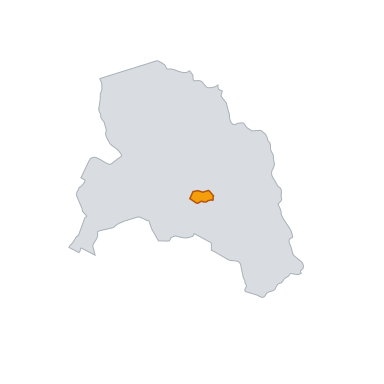 Tonj East, Warrap, South Sudan shown in context, rotated 208°
{"feature_id": "79223893B19595025939095", "entity_name": "Tonj East", "entity_type": "district", "adm_level": 2, "iso_a3": "SSD", "parent_name": "South Sudan", "parent_adm1": "Warrap", "projection": "orthographic", "projection_center": [29.157, 7.837], "detail": "fine", "context": "in_parent", "style": "filled", "palette": "amber", "viewbox_px": 384, "rotation_deg": 208, "n_neighbors": 0, "source": "geoboundaries", "source_scale": "gbopen_adm2", "svg_char_len": 3965}
<svg xmlns="http://www.w3.org/2000/svg" viewBox="0 0 384 384"><g transform="rotate(208 192 192)"><path d="M295.5,280.4L285.7,290.4L285.0,291.0L283.8,291.8L279.8,291.9L275.6,291.4L271.8,288.9L267.9,290.9L265.5,291.6L264.0,291.8L260.6,292.2L255.7,293.3L253.5,294.6L252.3,295.7L251.4,297.6L250.9,297.8L250.0,297.6L248.7,296.8L246.1,295.7L244.8,293.3L243.6,291.8L242.6,291.0L238.5,293.5L236.5,294.1L234.9,294.0L231.9,292.7L228.6,291.5L226.9,291.5L224.3,293.0L221.5,295.2L220.0,297.4L219.3,298.7L218.2,296.7L217.3,295.5L215.9,295.0L213.1,295.5L212.4,294.8L212.3,293.1L211.9,291.5L211.2,290.3L209.1,289.2L203.5,286.8L199.3,282.0L197.2,279.8L195.6,278.4L193.4,274.7L190.9,272.1L187.9,270.9L185.9,271.5L183.8,274.2L179.9,276.8L178.1,276.9L175.8,275.5L172.9,274.5L167.8,274.1L165.6,275.3L162.8,277.3L160.5,278.5L159.0,278.6L157.6,278.1L156.1,277.9L154.7,277.8L152.0,276.0L150.5,274.7L149.6,273.4L148.0,272.5L146.2,271.8L144.9,270.6L144.3,269.2L143.2,267.4L141.9,265.7L137.7,262.7L136.4,261.0L135.6,259.2L133.9,257.4L132.0,254.8L131.4,251.1L131.4,248.2L131.0,246.8L130.2,245.4L129.3,244.2L127.8,242.9L124.4,241.0L120.9,238.8L119.2,237.5L116.0,237.0L114.1,235.7L112.4,232.9L111.8,230.7L110.2,228.9L109.5,227.7L109.1,226.2L110.4,221.8L108.6,220.3L105.8,218.2L103.8,216.0L102.6,214.0L99.0,211.3L91.3,207.2L86.8,204.6L84.4,202.3L82.2,200.0L82.0,199.1L83.4,196.9L83.7,195.0L82.5,193.0L77.9,189.1L74.2,184.8L71.4,183.5L64.7,182.2L62.8,181.8L60.7,180.9L58.8,179.0L58.1,176.7L59.1,173.2L58.5,172.1L57.4,171.7L57.7,171.0L59.0,169.3L61.1,168.2L66.7,166.4L67.0,165.8L67.2,163.5L67.6,162.4L69.6,159.3L69.9,158.1L70.0,155.5L70.3,154.2L70.8,153.3L72.4,151.8L72.9,150.9L73.2,148.8L73.1,144.8L73.9,143.2L77.4,139.6L78.4,138.0L78.7,136.6L78.7,135.1L78.9,133.6L80.0,132.2L80.9,131.8L83.5,131.4L85.2,131.7L97.6,129.3L99.0,129.6L99.6,131.1L99.6,133.5L99.8,134.6L100.4,135.4L102.4,136.6L103.7,138.4L104.4,139.1L106.4,140.4L115.5,151.3L118.1,152.3L120.6,151.9L125.6,149.7L128.1,149.2L145.6,149.9L147.5,149.5L150.3,155.0L151.5,156.2L170.7,156.3L170.3,154.8L170.6,153.1L174.0,149.8L174.5,149.4L177.4,147.8L180.3,146.8L185.9,145.5L187.9,143.6L189.0,141.8L189.0,138.3L189.8,137.7L191.1,136.9L197.5,133.7L198.6,133.1L210.0,140.3L216.4,146.1L216.7,146.4L217.1,146.5L217.4,146.3L217.7,146.0L218.5,145.7L221.2,145.7L226.3,145.3L228.0,144.6L238.3,134.3L240.9,131.0L241.6,130.3L243.0,128.0L244.6,123.9L244.9,123.5L256.1,113.7L256.5,113.0L256.6,112.4L254.8,109.1L254.4,107.5L254.3,105.0L254.6,101.0L254.5,98.5L254.3,97.9L254.3,97.7L247.9,90.7L263.7,90.5L263.8,89.6L263.7,89.3L263.4,88.4L263.2,87.3L263.2,86.7L263.3,86.1L263.3,85.8L263.3,85.5L263.3,85.4L274.7,85.3L274.6,87.3L273.3,92.0L273.3,94.9L273.1,98.1L272.7,99.1L272.1,99.9L271.9,100.2L271.9,100.6L274.5,118.7L274.4,119.4L273.7,120.5L273.6,120.9L273.6,121.2L273.8,121.4L279.1,123.3L279.4,123.4L279.6,123.6L281.5,125.9L292.0,134.4L292.4,134.8L293.5,137.5L293.6,137.9L293.6,138.5L293.6,139.0L293.4,140.7L293.5,141.4L293.7,141.9L293.8,142.4L293.8,142.6L293.7,143.0L292.2,146.1L291.8,148.3L291.6,150.2L291.7,151.3L291.9,152.0L292.1,152.3L296.7,152.3L296.7,153.3L297.5,169.7L297.5,171.5L297.4,173.8L296.9,174.7L295.6,176.0L294.0,177.2L290.0,177.6L286.6,177.6L284.2,177.3L280.9,177.3L277.8,177.6L276.7,178.6L272.7,187.3L271.5,189.5L271.2,190.8L271.6,191.5L273.2,192.6L276.7,194.1L280.7,195.0L283.7,195.3L285.8,195.7L287.3,196.2L293.1,200.1L294.9,201.9L296.0,203.5L296.2,205.2L297.1,206.9L302.3,212.3L307.3,214.8L309.2,217.7L311.1,219.1L312.8,220.6L313.8,222.8L316.0,229.3L317.5,232.7L319.0,235.5L319.6,240.1L320.8,242.1L322.1,244.6L324.1,246.8L326.2,248.5L326.6,248.9L305.3,270.5L295.5,280.4Z" fill="#d9dde1" stroke="#a8b0b8" stroke-width="1"/><path d="M178.6,200.7L182.4,196.9L187.4,196.0L191.3,192.8L190.8,185.1L182.6,184.3L181.5,185.0L179.5,188.1L178.5,188.6L177.3,188.5L174.6,190.1L173.8,191.8L171.8,193.7L169.7,194.6L169.8,195.3L170.9,197.1L171.1,198.6L176.5,200.8L178.2,201.1L178.6,200.7Z" fill="#f59e0b" stroke="#b45309" stroke-width="1.5"/></g></svg>